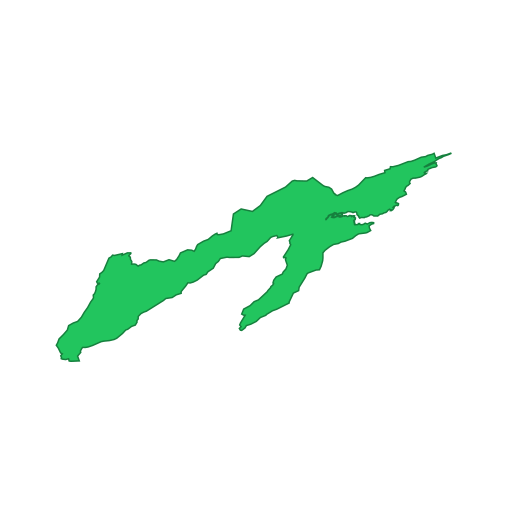 Førde nor, Sogn og Fjordane, Norway, rotated 155°
{"feature_id": "86288312B49751827405886", "entity_name": "Førde nor", "entity_type": "district", "adm_level": 2, "iso_a3": "NOR", "parent_name": "Norway", "parent_adm1": "Sogn og Fjordane", "projection": "robinson", "projection_center": [5.859, 61.462], "detail": "fine", "context": "isolated", "style": "filled", "palette": "green", "viewbox_px": 512, "rotation_deg": 155, "n_neighbors": 0, "source": "geoboundaries", "source_scale": "gbopen_adm2", "svg_char_len": 6083}
<svg xmlns="http://www.w3.org/2000/svg" viewBox="0 0 512 512"><g transform="rotate(155 256 256)"><path d="M135.3,236.5L136.8,237.5L138.7,238.1L141.5,237.9L143.2,239.6L145.1,239.3L146.8,239.6L148.2,240.4L148.5,241.0L148.4,241.6L149.2,241.5L149.5,242.0L149.8,241.6L150.9,241.6L153.3,242.6L153.4,243.0L153.0,243.4L153.3,243.5L152.9,243.5L152.6,244.0L153.0,244.2L152.8,244.8L152.9,245.0L152.2,245.7L152.6,246.2L152.6,246.6L152.1,247.0L150.8,247.0L150.8,247.4L150.1,247.9L149.8,248.5L150.8,249.7L149.6,250.6L149.7,250.8L150.7,251.3L152.5,251.3L152.2,252.0L153.1,252.3L153.1,252.6L153.5,252.7L153.8,253.1L154.6,253.2L155.0,252.8L156.5,253.1L156.9,253.5L157.0,254.1L157.7,254.6L158.8,254.7L158.7,255.1L160.3,255.5L161.0,255.3L163.3,255.7L164.2,256.3L164.0,257.3L164.9,257.7L165.9,257.5L166.4,257.7L168.4,257.6L169.8,258.1L170.8,259.0L170.4,259.1L170.9,259.1L170.4,259.1L170.7,259.4L169.6,260.1L168.6,260.3L166.9,260.3L168.6,260.2L168.9,259.9L168.2,260.0L170.0,259.4L170.4,258.8L166.5,257.7L165.4,258.2L163.2,257.2L163.0,256.9L162.1,256.8L161.9,257.0L160.5,256.9L160.5,257.2L160.2,257.0L159.7,258.1L160.2,258.5L161.7,259.2L164.8,259.2L165.5,259.6L165.9,260.3L166.6,260.2L165.9,260.4L166.1,261.6L166.7,261.9L170.9,261.4L171.1,261.4L170.1,261.6L172.2,261.9L174.6,260.4L176.7,259.7L176.8,259.4L177.2,259.4L177.2,259.9L176.3,260.2L176.8,260.3L174.7,260.7L173.1,261.9L173.9,261.8L172.7,262.1L168.4,261.8L166.4,262.1L165.2,261.1L165.5,260.8L164.6,259.6L162.6,259.6L159.8,259.0L158.7,258.3L158.2,257.6L155.9,257.2L154.0,257.5L151.8,256.3L150.1,254.9L149.8,254.3L147.5,254.1L146.7,253.6L146.4,252.5L147.0,250.7L146.2,249.4L146.4,249.2L146.1,247.8L146.3,247.6L146.0,246.5L144.3,246.4L141.6,245.0L140.9,245.2L139.2,244.7L137.1,244.7L136.2,244.7L135.5,245.1L134.4,244.9L133.1,244.0L132.3,242.5L128.8,240.8L126.1,241.5L123.5,240.8L122.0,241.0L119.9,240.6L118.6,240.9L116.7,241.8L115.3,242.0L115.1,241.9L115.3,241.5L114.0,240.7L114.8,240.2L114.1,239.9L112.4,240.2L110.5,241.3L110.5,241.8L110.1,242.0L110.9,242.3L110.1,242.7L107.3,242.6L106.9,242.3L106.8,241.9L107.0,241.9L105.9,241.8L105.3,242.2L104.7,243.3L106.1,244.8L106.8,245.0L107.1,245.7L105.2,247.3L103.8,248.1L101.1,248.5L98.6,248.2L93.6,248.4L93.4,250.5L93.6,251.3L94.3,252.0L94.2,252.6L92.2,254.0L91.8,254.7L90.0,255.6L88.5,255.7L85.7,256.6L85.8,257.5L85.5,258.4L83.2,260.1L80.9,260.2L78.5,259.2L74.2,258.2L72.2,258.1L67.5,258.8L67.4,258.6L66.5,258.9L68.0,259.6L68.3,260.0L68.2,260.6L66.1,260.9L64.4,260.6L64.2,261.0L64.6,261.1L63.4,261.9L59.0,261.7L55.5,260.8L54.1,261.1L53.7,261.6L53.9,262.8L53.8,263.7L53.3,264.2L54.3,264.7L57.1,265.1L63.2,265.1L66.4,265.6L60.4,266.2L53.8,266.2L52.5,266.6L48.8,267.0L46.5,266.8L43.9,267.1L38.5,266.5L36.1,266.5L36.1,266.9L40.6,267.3L44.4,268.3L51.7,268.8L51.2,273.8L53.2,273.7L57.9,274.6L60.2,274.4L64.5,275.7L71.5,275.8L75.5,276.2L78.2,277.2L88.6,277.9L94.1,279.0L96.4,280.1L97.6,278.4L103.3,279.2L103.9,277.0L110.0,277.9L115.0,278.2L118.9,278.8L122.4,279.9L123.5,280.6L133.1,276.9L136.8,276.2L140.6,276.0L145.2,276.5L150.5,276.6L156.5,276.3L158.3,278.2L158.2,279.1L158.9,279.9L159.2,284.7L160.9,287.5L164.3,290.0L165.6,291.8L171.5,303.2L178.4,302.5L187.1,306.8L189.0,308.2L191.5,308.6L200.1,306.0L220.8,305.4L230.7,299.9L240.4,297.9L249.6,304.9L258.7,303.6L267.9,289.4L276.2,289.8L280.7,291.0L282.0,291.8L281.8,293.1L284.0,293.1L287.2,292.6L292.3,291.2L297.3,291.6L304.0,291.0L305.8,289.8L307.8,287.8L310.1,286.4L311.8,288.4L315.4,290.5L323.2,290.7L325.5,288.8L329.3,286.4L332.1,285.6L336.4,289.4L342.5,289.8L346.0,292.3L347.9,294.5L353.3,297.1L354.7,297.4L358.4,296.6L360.6,297.1L363.9,296.5L365.5,296.9L367.1,296.6L368.4,299.2L369.8,300.2L372.2,301.2L370.9,303.5L371.2,305.9L370.4,308.1L371.2,309.6L371.1,310.1L368.4,311.1L368.2,311.8L371.3,313.2L377.0,313.3L376.1,314.6L384.0,316.3L385.6,317.4L387.8,316.4L390.2,316.2L400.2,307.2L402.5,306.3L405.2,305.8L406.7,303.0L411.3,300.0L411.2,298.3L410.8,297.9L409.6,297.7L409.5,297.1L410.3,296.8L411.5,297.0L413.9,295.7L415.0,293.4L417.0,291.1L418.6,289.9L420.0,289.4L420.9,286.9L421.8,286.1L425.4,284.1L430.4,280.4L435.5,277.5L440.1,274.3L444.8,272.3L445.4,272.1L450.0,272.5L455.2,272.1L458.3,268.6L463.7,266.2L469.5,264.1L472.6,261.0L474.7,259.5L474.1,256.2L474.0,250.7L472.9,249.2L475.1,248.1L475.2,246.0L475.9,245.3L475.1,244.4L472.3,242.6L469.3,242.1L469.7,239.8L468.2,238.8L460.5,235.6L460.0,240.7L455.6,242.7L455.3,244.1L452.9,245.9L451.7,246.4L449.2,245.2L446.6,244.5L442.0,244.0L432.6,243.8L430.0,243.2L424.6,241.3L419.9,240.3L417.0,240.3L409.7,242.2L405.3,244.0L403.2,243.8L398.5,244.8L394.6,244.4L392.1,246.1L391.7,246.4L391.5,247.4L391.2,247.8L389.4,248.7L388.3,251.0L384.7,252.4L381.6,252.6L378.7,252.3L358.6,254.8L355.7,255.6L349.5,253.8L344.6,254.5L339.6,253.8L339.1,255.0L338.5,255.6L332.6,258.4L329.0,260.5L327.1,259.4L324.0,258.9L319.5,259.0L311.5,260.8L309.0,260.4L306.3,262.0L299.9,263.0L295.7,266.2L292.4,267.0L289.4,268.8L282.7,267.2L280.7,265.9L271.9,261.9L268.3,261.8L262.4,258.3L256.7,259.0L248.3,262.6L243.1,264.1L239.8,264.5L234.8,266.6L232.7,266.6L228.5,265.8L228.2,263.6L228.7,263.3L219.9,261.2L213.4,260.2L213.5,259.6L219.3,255.8L219.5,253.9L219.9,253.4L219.8,251.5L220.1,251.3L224.2,248.1L231.6,243.5L231.6,242.7L229.9,242.2L229.6,241.5L230.7,240.5L230.9,239.9L231.5,234.4L234.3,231.6L238.1,230.0L239.8,228.5L246.6,228.5L250.2,226.5L252.0,224.4L251.6,223.9L251.8,223.4L253.3,222.5L255.4,222.0L256.1,221.2L259.7,219.7L260.9,218.9L272.3,215.2L277.0,215.4L282.3,213.5L289.6,213.1L293.5,209.4L292.3,207.7L290.9,206.9L298.3,201.9L299.9,200.4L299.4,198.2L301.7,197.4L301.5,195.4L300.4,194.6L296.5,195.4L294.1,197.0L289.5,196.4L283.4,196.6L278.0,198.4L272.1,198.1L271.2,198.6L264.1,199.4L259.7,199.0L245.8,199.4L245.4,200.3L237.8,206.6L232.0,206.6L230.1,209.5L221.0,215.4L217.3,218.3L215.8,218.6L207.5,217.9L204.3,216.7L201.3,219.2L197.6,223.5L196.2,225.9L194.0,230.6L191.0,232.0L185.2,233.3L180.8,233.7L176.1,232.5L173.1,232.7L169.1,231.8L161.1,231.2L157.0,232.3L153.6,232.7L146.7,230.5L145.3,230.3L141.3,230.6L141.4,233.3L140.8,235.5L137.7,236.0L135.7,235.7L135.3,236.5Z" fill="#22c55e" stroke="#15803d" stroke-width="1.5"/></g></svg>